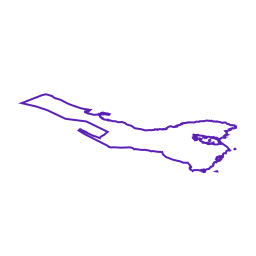 outline of Hvalfjarðarsveit, Vesturland, Iceland, rotated 193°
{"feature_id": "244011B64770191202242", "entity_name": "Hvalfjarðarsveit", "entity_type": "district", "adm_level": 2, "iso_a3": "ISL", "parent_name": "Iceland", "parent_adm1": "Vesturland", "projection": "equal_earth", "projection_center": [-21.787, 64.41], "detail": "fine", "context": "isolated", "style": "outline", "palette": "violet", "viewbox_px": 256, "rotation_deg": 193, "n_neighbors": 0, "source": "geoboundaries", "source_scale": "gbopen_adm2", "svg_char_len": 5730}
<svg xmlns="http://www.w3.org/2000/svg" viewBox="0 0 256 256"><g transform="rotate(193 128 128)"><path d="M215.8,142.3L219.2,140.6L237.3,128.3L222.4,128.3L210.6,127.2L191.0,122.9L170.1,125.0L147.0,119.7L149.6,116.1L152.2,113.8L153.1,112.3L153.1,111.8L158.0,112.5L160.4,112.6L164.0,113.4L164.7,113.7L166.1,113.7L166.7,114.2L168.9,114.4L169.2,114.5L169.0,114.8L169.6,114.8L169.5,115.0L171.8,115.3L173.6,116.1L174.7,115.9L175.5,114.5L169.0,112.3L149.1,107.4L143.2,105.9L142.5,105.3L141.0,105.2L139.3,105.4L137.7,106.0L130.6,107.2L121.6,109.6L119.1,109.6L117.2,108.6L115.9,109.2L109.7,109.7L106.9,110.5L102.2,110.8L100.0,110.5L98.7,111.1L92.5,111.6L91.6,112.0L90.2,112.0L89.3,112.3L88.1,110.2L84.6,108.3L77.1,107.2L69.8,107.2L66.2,106.6L61.9,107.6L57.6,104.2L57.7,103.7L59.0,103.3L59.0,102.8L58.5,102.0L56.9,101.2L55.5,101.1L55.2,100.7L54.2,101.8L53.3,102.2L52.3,102.2L50.2,102.8L47.6,102.8L47.0,103.2L47.1,103.7L46.0,104.0L46.1,103.4L45.8,103.9L45.3,104.1L45.5,104.3L44.6,104.8L44.3,104.7L44.7,104.2L44.2,104.0L43.9,103.5L44.6,103.3L45.2,102.5L44.9,102.5L44.9,102.2L44.6,102.0L43.3,102.4L43.1,102.8L43.2,103.3L43.8,104.0L43.9,104.5L43.4,105.0L43.7,104.6L42.8,104.7L41.9,105.5L40.0,106.3L40.2,106.8L39.9,106.5L39.8,106.1L39.7,107.1L38.6,108.2L38.7,108.9L37.7,109.2L36.9,110.2L36.9,110.6L36.5,110.6L36.4,111.4L36.9,112.4L36.3,113.0L36.3,113.8L35.5,114.5L34.1,114.4L33.7,115.3L33.5,115.8L34.1,115.7L34.0,116.5L33.6,116.8L34.2,116.8L34.1,117.3L34.8,117.2L35.1,117.3L34.8,117.7L35.3,117.7L34.9,117.9L34.9,118.6L34.2,118.7L34.3,119.3L34.9,119.3L34.8,119.6L34.5,119.9L34.1,119.9L34.1,119.6L33.0,119.9L33.6,120.3L32.8,121.1L33.2,121.3L32.6,121.2L33.1,120.5L32.1,120.4L31.0,121.9L31.1,122.0L30.0,121.5L29.7,121.0L30.9,120.3L30.7,120.0L31.4,119.2L31.2,118.9L31.4,118.4L30.9,118.2L31.0,117.9L32.2,117.2L32.4,116.4L33.1,116.5L33.6,116.1L33.2,115.9L32.3,116.2L31.1,116.9L29.9,119.0L30.0,120.3L29.0,121.0L29.5,123.9L29.3,124.5L28.6,125.1L27.0,125.3L27.0,127.6L26.2,128.4L25.4,128.8L23.9,128.8L23.5,129.1L26.9,131.7L33.5,134.4L35.5,135.6L36.9,136.0L37.8,135.7L36.7,135.6L36.9,135.3L36.7,135.0L36.7,135.4L36.3,135.4L34.7,134.1L33.7,133.8L33.4,133.5L34.3,133.2L35.3,133.4L36.4,132.5L37.8,131.9L39.5,131.5L42.1,131.5L41.5,132.0L41.6,132.5L41.2,132.5L40.9,133.4L40.6,133.5L41.4,133.3L42.3,132.3L43.3,131.9L44.6,130.8L46.5,130.3L47.0,130.5L46.5,131.1L46.7,131.4L46.3,132.0L48.6,130.9L52.0,130.5L52.2,130.9L51.9,131.2L53.9,131.5L55.1,132.1L55.1,132.9L54.8,133.1L55.4,133.4L54.9,133.7L55.6,133.7L55.5,133.9L55.9,134.0L56.6,133.8L57.2,133.0L58.1,132.9L58.5,132.3L58.1,132.0L58.4,131.7L60.0,131.1L60.9,132.0L61.6,132.2L62.1,132.7L61.8,132.8L62.6,133.1L62.7,133.5L61.8,133.8L61.8,134.2L61.0,134.3L60.5,134.1L60.4,133.8L59.5,133.7L59.0,134.5L58.2,135.1L59.3,134.9L60.6,135.6L62.3,135.8L63.5,136.3L60.6,136.3L58.3,137.1L57.5,136.7L53.3,137.2L52.8,136.9L52.7,136.3L52.3,136.5L51.9,137.2L51.2,137.3L49.9,137.0L50.8,136.0L49.6,135.8L49.2,136.0L48.8,136.6L49.1,136.8L48.3,137.5L45.2,137.8L45.3,137.5L45.1,137.4L44.0,137.9L44.2,137.5L43.8,137.3L44.5,136.9L43.4,137.2L43.6,137.0L42.2,137.5L42.1,137.8L42.4,138.1L42.2,138.2L41.7,138.2L41.8,137.8L40.4,137.5L39.9,137.7L39.9,138.1L39.4,138.5L39.2,138.4L39.2,137.8L38.7,137.8L38.6,137.6L39.2,137.4L38.7,137.3L38.9,137.0L37.8,137.9L36.7,137.9L36.6,137.0L37.1,136.9L37.4,137.2L37.6,136.9L38.4,137.1L38.8,136.9L37.7,136.7L36.4,136.8L36.0,137.1L35.9,138.1L35.3,138.6L34.7,139.4L33.4,140.2L32.2,140.1L31.2,140.9L32.2,140.9L32.8,141.3L32.8,141.7L32.1,142.2L32.0,142.8L30.2,143.4L29.3,144.0L29.9,144.2L30.6,144.0L30.7,144.4L30.4,144.6L30.6,144.8L30.5,145.5L32.5,146.9L32.0,147.2L31.3,147.1L28.1,148.9L27.6,149.3L28.8,149.7L26.1,151.5L25.1,151.2L22.9,152.5L23.2,152.9L23.1,153.2L24.0,153.5L23.8,153.8L24.6,153.7L25.3,154.2L26.6,154.3L29.0,153.8L30.6,154.5L31.5,154.2L32.6,154.5L34.3,155.3L36.2,154.8L37.3,154.1L38.8,154.4L43.0,154.4L43.6,153.9L45.0,154.0L46.2,153.5L48.3,153.9L48.9,153.4L50.7,153.4L51.4,153.0L52.8,153.1L55.4,151.8L59.6,150.7L60.0,150.2L61.4,149.8L62.7,149.6L64.7,148.3L70.5,147.1L70.4,146.9L71.6,146.6L72.1,146.1L73.0,146.0L73.6,145.8L73.4,145.7L73.7,145.5L75.6,145.1L75.8,144.7L76.4,144.6L76.4,144.2L76.8,144.1L76.6,143.9L77.1,143.8L77.0,143.5L77.5,143.3L78.1,142.5L80.2,141.9L81.7,140.7L80.9,140.5L81.5,140.0L82.1,140.1L81.6,139.9L81.8,139.8L83.6,139.2L84.5,139.2L87.1,139.3L87.7,138.8L89.0,138.2L89.7,137.0L90.6,136.5L90.7,135.9L90.4,135.7L90.6,135.5L91.9,135.0L92.7,135.2L93.4,135.0L93.3,134.6L94.0,134.4L95.8,134.1L96.8,134.3L97.3,134.0L97.6,133.5L98.8,132.8L99.6,132.9L99.6,133.2L100.5,133.0L101.0,132.6L101.8,132.7L102.2,132.0L105.1,131.0L106.3,130.9L110.8,129.5L114.5,129.8L121.4,129.3L125.2,130.9L129.4,131.1L131.1,131.6L132.2,132.3L133.5,132.2L134.6,132.6L138.9,131.4L142.0,131.8L144.0,131.2L147.7,131.4L148.1,131.0L148.7,130.9L149.4,131.0L149.3,131.7L148.8,131.7L150.1,131.7L149.4,131.6L149.5,131.1L154.0,131.0L154.9,131.3L153.8,132.0L155.0,131.5L155.6,132.1L157.7,132.6L158.0,133.1L157.8,133.4L158.4,133.7L158.5,134.6L157.4,135.4L155.6,135.5L154.1,136.1L149.9,136.4L149.3,136.7L149.0,137.4L151.3,137.6L152.2,137.3L155.9,137.4L157.5,136.7L158.6,135.4L159.2,135.3L159.0,134.8L160.0,134.1L160.7,134.3L163.8,133.2L170.4,133.2L172.6,133.6L173.5,133.9L173.6,134.4L172.7,134.9L170.3,135.1L168.8,137.2L175.7,136.6L179.2,136.7L187.2,137.5L191.9,138.2L200.0,140.3L206.1,140.7L208.1,141.4L208.8,142.0L214.2,142.4L215.8,142.3ZM47.0,134.4L45.9,134.2L44.7,135.5L45.7,135.1L46.2,134.5L47.0,134.4ZM18.9,131.9L19.4,131.7L19.5,131.3L19.3,131.2L18.7,131.7L18.9,131.9ZM32.2,105.6L31.6,105.6L31.3,105.7L31.6,106.0L32.2,105.6ZM24.0,154.6L24.7,154.6L24.8,154.5L24.0,154.6ZM50.9,135.5L51.3,135.3L50.4,135.4L50.9,135.5ZM30.6,140.4L31.3,140.1L31.5,139.9L30.6,140.4Z" fill="none" stroke="#5b21b6" stroke-width="2"/></g></svg>